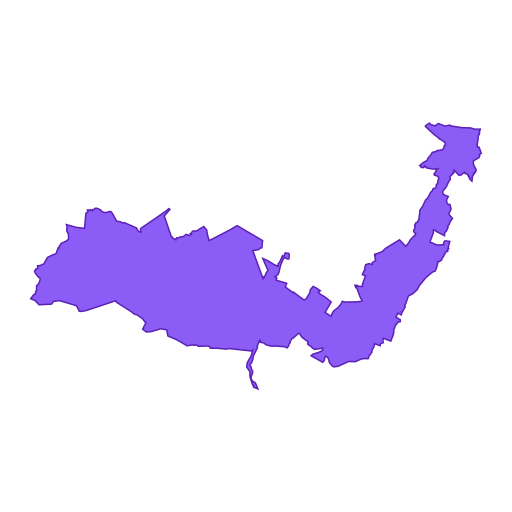 the district of Villa de Álvarez, Colima, Mexico
{"feature_id": "50627088B49259449060306", "entity_name": "Villa de Álvarez", "entity_type": "district", "adm_level": 2, "iso_a3": "MEX", "parent_name": "Mexico", "parent_adm1": "Colima", "projection": "albers", "projection_center": [-103.768, 19.327], "detail": "fine", "context": "isolated", "style": "filled", "palette": "violet", "viewbox_px": 512, "rotation_deg": 0, "n_neighbors": 0, "source": "geoboundaries", "source_scale": "gbopen_adm2", "svg_char_len": 6078}
<svg xmlns="http://www.w3.org/2000/svg" viewBox="0 0 512 512"><path d="M443.2,257.0L445.6,252.3L447.9,251.0L447.3,249.6L448.7,248.7L448.2,248.1L448.4,246.5L449.8,241.4L445.1,240.8L444.1,241.7L443.4,244.1L443.7,244.7L438.9,245.0L436.7,244.9L429.9,242.0L433.4,232.8L433.4,229.9L434.7,230.1L436.2,231.4L444.5,235.7L444.8,232.4L446.2,231.4L448.0,227.6L447.6,226.4L449.0,224.8L450.2,221.6L452.5,218.4L449.3,214.8L448.9,212.9L449.6,212.3L451.1,209.1L450.0,204.5L448.3,204.5L446.7,202.4L446.6,199.8L448.3,196.5L443.7,194.7L442.7,192.9L442.8,191.3L446.4,186.7L448.4,182.2L450.3,179.3L449.9,176.6L453.6,173.1L453.4,172.7L453.7,172.8L454.2,171.8L454.2,170.2L459.0,175.4L461.3,174.9L464.4,172.3L464.6,173.0L465.5,173.7L466.6,173.7L467.7,174.4L467.7,175.0L468.8,176.0L468.5,176.8L469.6,177.5L469.5,178.8L471.9,181.2L472.4,178.1L472.0,177.2L473.2,175.4L473.3,174.1L474.3,173.9L474.5,172.3L475.5,172.3L476.2,169.7L473.9,165.4L473.2,163.2L473.5,160.8L479.0,157.6L479.8,155.5L479.5,154.3L481.3,153.4L479.3,147.7L478.9,147.0L477.4,147.1L477.1,145.2L478.2,138.3L478.1,136.7L478.5,135.4L479.3,134.4L479.6,132.3L479.3,130.8L480.0,130.5L480.3,129.1L474.9,129.2L470.6,127.9L462.5,127.7L451.3,126.0L449.9,125.1L445.0,126.1L438.3,123.5L435.1,125.8L432.4,125.0L431.5,125.1L429.4,123.1L425.5,125.8L425.4,126.5L434.3,134.7L438.7,137.9L439.1,138.9L439.7,138.7L445.4,142.8L444.8,145.7L444.1,146.0L444.0,147.6L442.6,149.5L441.8,150.2L440.3,149.9L439.6,150.4L437.1,150.5L436.2,151.4L432.3,152.4L430.8,154.9L427.9,158.3L427.0,160.5L423.3,162.5L419.8,165.5L420.4,165.7L420.5,166.5L420.9,166.4L421.3,167.5L422.0,167.1L423.6,167.7L424.7,166.2L424.8,166.9L426.0,166.6L426.6,167.9L428.4,168.3L433.5,169.1L437.7,168.7L436.0,170.2L436.1,171.3L434.0,174.0L434.9,174.7L434.6,175.3L437.4,176.0L438.9,177.8L438.1,180.0L437.5,183.9L436.7,184.1L436.2,185.2L436.1,187.0L435.3,188.1L433.1,188.6L432.2,190.9L430.6,192.4L427.4,198.5L425.7,199.7L422.7,206.2L419.8,210.3L419.6,214.3L419.1,216.3L419.3,218.1L418.5,220.3L417.6,221.4L417.6,222.2L415.8,222.9L414.6,225.3L415.4,226.2L414.8,226.9L414.8,228.3L413.6,230.4L413.7,231.2L414.4,232.7L415.7,233.4L414.5,236.2L413.5,236.3L409.9,240.4L408.9,242.5L405.8,246.3L399.5,239.8L385.7,248.2L382.2,251.6L376.2,254.0L375.3,253.9L375.3,254.9L374.6,254.9L375.6,260.6L372.2,262.6L372.1,264.6L369.0,263.6L365.6,264.7L364.6,268.7L364.8,270.2L363.9,271.1L362.4,274.6L365.5,275.9L362.4,284.3L362.5,286.5L356.7,286.1L357.1,285.4L354.9,285.3L355.9,287.7L356.6,287.5L360.3,297.5L362.2,300.8L361.1,301.3L356.5,301.9L345.4,302.0L342.3,301.4L340.8,304.3L338.0,307.6L333.8,310.8L332.2,313.2L331.1,316.3L325.1,312.4L331.2,302.0L325.8,297.6L319.8,293.8L318.3,292.3L320.3,290.7L316.5,288.1L313.1,286.4L310.3,289.7L309.9,292.6L306.4,298.4L304.9,299.7L303.7,299.8L293.6,292.2L293.2,292.7L285.3,287.0L286.7,283.3L276.2,280.2L276.8,277.8L274.9,276.8L277.8,274.7L278.7,273.1L280.6,265.3L283.0,259.4L284.9,257.5L287.2,258.9L288.2,259.1L288.9,258.8L289.2,255.4L289.1,254.0L288.6,253.3L285.2,252.9L284.0,255.8L283.1,256.6L282.5,255.8L279.4,262.6L278.3,263.5L277.9,266.2L273.9,264.5L268.3,261.0L262.8,258.5L268.0,270.6L266.5,272.3L264.4,277.2L263.8,276.8L263.0,278.6L252.8,250.6L258.8,249.6L259.7,248.3L261.9,247.8L262.6,240.6L237.1,225.6L230.6,229.5L209.2,240.6L207.5,235.0L206.7,230.0L203.8,226.5L195.8,231.3L194.0,230.9L192.5,231.2L191.1,233.3L191.2,234.1L190.2,233.8L190.5,234.9L189.6,235.6L186.3,234.3L183.2,236.6L179.8,237.0L178.8,237.8L176.5,237.8L175.9,239.8L174.8,239.0L173.0,238.6L172.5,237.1L171.4,236.8L164.3,216.0L169.9,209.4L168.8,208.6L166.1,211.0L140.5,228.6L140.9,232.1L139.5,231.9L137.6,230.1L136.6,228.0L124.3,222.6L122.8,223.0L120.2,221.7L116.6,221.1L112.4,213.4L111.0,211.6L109.8,211.5L105.4,212.7L102.0,211.7L100.6,209.9L96.9,208.2L94.9,208.4L94.2,209.4L92.5,209.6L92.3,210.8L90.5,209.8L87.3,210.1L88.2,211.7L85.9,213.2L84.5,228.4L76.1,227.3L66.4,224.6L67.1,226.6L66.7,229.9L66.9,231.3L68.4,234.1L68.6,239.0L66.6,240.9L61.2,243.4L59.1,246.6L58.8,248.3L58.1,248.0L56.1,253.4L55.5,254.0L52.5,254.9L47.4,257.5L43.8,263.9L39.9,265.6L37.6,265.7L37.8,267.8L37.3,268.5L36.1,268.8L34.5,271.1L35.5,273.5L38.5,277.2L39.9,278.0L40.1,279.7L39.2,282.6L37.4,285.2L36.6,285.6L36.5,290.6L35.7,291.4L35.4,294.2L33.8,294.5L30.7,298.7L35.1,300.6L39.1,304.8L51.6,304.1L53.4,301.5L59.3,300.6L76.5,305.7L79.3,311.3L81.2,311.4L85.7,310.7L115.8,300.7L116.4,302.2L130.9,311.4L134.3,314.1L137.2,314.9L142.5,318.7L145.8,322.9L142.6,329.2L146.4,332.0L151.2,331.6L160.9,328.8L166.7,329.8L167.9,336.0L176.4,339.6L187.2,345.8L192.0,345.0L194.6,345.3L196.3,344.8L198.4,346.3L208.4,346.0L209.6,346.9L210.3,348.2L218.0,348.3L225.7,349.1L229.5,348.6L250.8,350.9L252.1,350.9L252.6,350.4L251.2,355.6L247.1,363.1L246.7,367.1L249.9,371.6L250.0,376.8L252.6,384.9L253.5,385.2L253.5,387.1L257.9,388.9L255.4,382.9L252.5,381.0L251.3,379.2L251.0,377.2L252.6,372.8L252.7,371.1L251.7,369.7L251.2,367.4L249.8,364.2L251.5,362.9L252.9,359.3L253.1,357.1L253.9,354.9L257.3,348.0L257.5,345.5L259.5,340.4L260.3,340.4L260.2,342.2L264.0,343.0L265.8,344.7L267.7,345.3L272.0,346.3L275.1,346.0L285.0,346.8L287.0,347.9L288.5,346.2L288.9,344.4L290.2,342.6L290.1,341.7L292.2,338.2L293.0,338.2L298.4,333.4L299.4,333.5L302.2,337.5L308.2,341.9L307.6,343.8L308.5,345.0L310.8,346.2L312.3,347.9L314.4,349.4L322.9,348.2L322.2,350.7L318.8,352.3L312.6,354.3L311.1,355.8L322.8,362.3L324.3,360.4L324.9,357.4L325.5,356.9L325.5,356.3L327.1,356.9L328.5,358.8L329.2,361.9L330.1,363.5L332.3,366.0L334.0,366.9L338.3,366.2L348.6,361.5L355.3,361.7L361.3,359.0L364.0,358.6L368.1,358.7L368.5,358.3L368.5,356.9L371.7,352.5L372.4,349.3L373.7,347.4L374.7,343.7L380.1,345.7L380.7,343.6L383.3,342.7L382.9,341.5L383.3,338.3L390.8,341.1L393.3,334.7L393.8,332.0L393.7,329.6L394.8,327.8L395.0,326.1L398.0,322.1L400.3,321.7L400.3,319.8L395.9,317.1L397.9,313.1L401.2,314.9L402.0,312.5L401.6,312.1L402.4,311.8L405.1,307.1L405.2,306.5L404.6,305.6L405.6,304.1L408.4,296.0L412.5,293.9L417.2,289.7L419.5,285.4L426.0,277.5L432.3,272.2L435.2,271.0L436.7,267.4L437.9,262.5L437.6,261.6L439.1,261.6L441.5,260.3L442.0,258.4L443.2,257.0Z" fill="#8b5cf6" stroke="#5b21b6" stroke-width="1.5"/></svg>